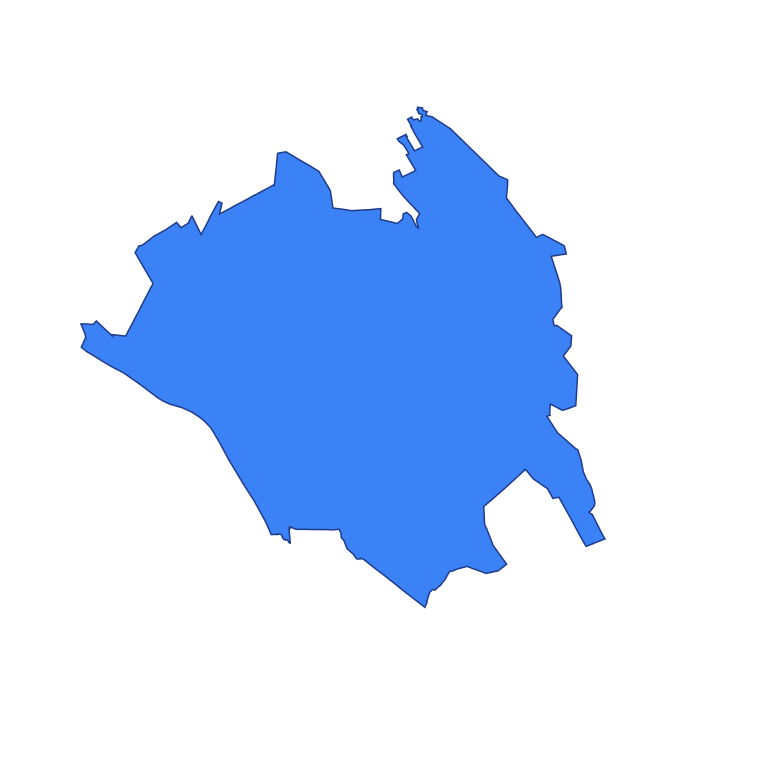 the district of Skrīveru pag., Skriveru, Latvia, rotated 55°
{"feature_id": "27541924B66857212863076", "entity_name": "Skrīveru pag.", "entity_type": "district", "adm_level": 2, "iso_a3": "LVA", "parent_name": "Latvia", "parent_adm1": "Skriveru", "projection": "natural_earth1", "projection_center": [25.099, 56.672], "detail": "fine", "context": "isolated", "style": "filled", "palette": "blue", "viewbox_px": 768, "rotation_deg": 55, "n_neighbors": 0, "source": "geoboundaries", "source_scale": "gbopen_adm2", "svg_char_len": 6026}
<svg xmlns="http://www.w3.org/2000/svg" viewBox="0 0 768 768"><g transform="rotate(55 384 384)"><path d="M442.7,562.8L445.2,558.7L445.3,558.6L445.3,558.4L445.6,558.2L446.0,558.2L446.2,557.7L445.8,557.5L445.8,557.2L446.1,557.0L446.4,556.5L446.8,556.1L446.8,555.8L447.5,555.4L447.8,555.0L448.5,554.7L449.1,554.7L449.9,554.7L450.3,554.8L450.7,554.9L451.1,555.0L452.6,555.3L453.9,555.3L454.3,554.9L454.4,554.6L454.6,554.1L454.8,553.9L455.2,553.9L455.6,553.9L456.0,553.2L456.0,552.9L456.3,552.6L456.5,552.6L457.2,552.5L457.4,552.5L457.8,552.5L458.5,552.8L458.8,552.9L459.7,552.6L460.4,552.3L460.6,552.1L447.6,544.5L448.4,543.8L447.0,543.0L452.7,539.4L454.0,537.4L456.1,534.4L463.0,524.9L469.1,516.3L470.0,515.0L474.0,509.8L474.5,508.9L477.2,504.1L478.7,504.4L481.5,504.8L482.7,505.6L483.8,506.1L485.2,507.0L485.9,507.0L486.2,507.0L487.7,506.8L489.2,506.6L491.1,507.1L497.7,508.7L506.5,506.7L511.5,506.8L513.1,504.8L513.6,503.9L514.0,502.4L514.4,502.5L515.3,501.5L521.3,499.7L530.3,497.0L534.8,495.6L540.5,493.7L540.9,493.6L548.0,491.5L550.5,490.7L567.1,485.9L583.9,480.6L590.4,478.6L590.2,478.4L589.9,477.9L589.0,476.5L588.3,475.1L587.3,473.8L587.1,473.6L586.8,473.5L586.1,473.3L586.2,473.1L580.9,466.2L580.2,462.1L581.7,460.8L582.0,460.6L582.1,460.4L582.1,460.1L582.1,459.8L581.9,459.5L581.6,457.8L581.0,452.0L580.4,450.6L579.2,446.3L575.0,437.4L576.4,435.7L577.6,429.9L578.4,427.8L581.1,420.5L585.3,417.7L597.8,408.9L600.5,402.5L602.5,397.7L602.2,390.5L602.0,386.9L578.7,387.2L573.2,385.8L569.4,384.8L560.4,382.7L560.2,382.9L556.9,382.1L556.7,382.1L541.6,372.6L541.5,372.3L540.5,361.0L539.3,350.3L538.6,343.6L538.0,339.1L537.2,333.0L536.5,328.0L535.3,318.6L535.2,318.4L534.7,318.2L534.8,317.3L536.5,317.0L537.7,316.8L537.9,316.8L538.2,316.8L547.6,316.1L563.5,310.1L574.7,311.3L574.9,311.0L575.0,310.4L576.4,307.2L576.8,306.3L577.0,305.7L600.4,308.1L608.8,309.1L623.4,310.8L632.9,311.6L633.2,310.4L634.8,304.0L634.6,304.0L634.7,303.9L637.6,292.1L637.7,291.9L631.4,291.3L624.0,290.2L610.1,288.2L606.9,289.8L606.6,289.7L606.3,287.0L604.3,281.4L602.3,279.5L601.4,278.9L599.7,278.2L597.0,277.1L595.4,276.4L594.7,276.2L589.0,274.0L584.3,272.9L578.2,272.8L570.3,271.1L561.6,267.2L560.3,266.5L559.8,266.3L558.3,265.9L551.8,263.8L550.0,263.3L549.6,263.2L549.3,263.1L549.0,263.1L548.8,263.1L546.9,264.1L545.2,264.5L523.5,269.8L521.8,269.7L517.2,269.6L503.9,269.1L504.9,265.9L503.8,265.7L498.3,261.3L495.9,259.4L495.8,259.2L496.0,259.1L502.9,255.5L505.8,254.1L507.9,253.0L508.6,250.9L509.0,249.7L509.3,248.9L509.6,247.6L510.2,245.6L511.7,239.3L501.1,230.9L487.3,220.0L480.1,220.3L470.4,220.8L463.9,221.0L460.1,209.2L452.1,202.7L449.5,203.6L443.8,205.7L435.0,208.9L434.2,210.7L433.9,211.1L428.0,208.7L427.0,205.9L423.0,194.3L423.2,194.2L420.5,192.7L415.3,189.5L412.6,187.7L411.2,186.9L410.7,186.6L410.4,186.5L407.6,184.7L406.9,184.3L401.7,181.9L400.3,181.5L394.3,179.6L387.5,177.5L375.3,173.8L380.2,163.7L380.4,163.4L382.0,160.1L374.3,157.1L369.3,159.5L364.5,162.0L363.5,162.5L358.6,164.9L356.1,166.3L352.5,168.2L351.9,171.6L351.3,175.1L343.3,175.3L334.4,175.8L328.6,176.1L327.0,176.1L325.2,176.2L324.9,176.2L317.2,176.6L314.8,176.7L310.9,176.7L301.7,177.0L294.0,170.4L287.9,165.7L287.3,165.9L286.0,166.6L279.5,170.5L276.7,171.1L267.8,172.8L267.0,172.9L254.3,175.3L252.1,175.8L245.4,177.0L240.6,178.0L235.1,179.0L229.7,180.0L225.5,180.8L221.8,181.5L212.9,183.2L192.7,191.4L192.4,191.7L187.7,195.8L185.6,192.4L182.4,195.2L180.1,194.1L179.2,194.9L176.6,197.7L178.4,198.3L177.8,199.5L178.6,199.6L182.6,200.4L185.2,198.1L187.0,199.3L186.2,200.3L189.8,202.7L189.3,204.1L186.2,204.3L184.3,208.6L181.2,208.2L180.7,212.9L188.0,213.5L188.0,214.2L192.9,214.6L193.6,215.0L198.0,215.3L202.3,215.6L212.0,216.5L211.9,216.6L211.7,217.6L211.6,218.7L211.4,219.5L211.1,221.5L210.6,225.2L194.4,224.1L194.7,223.1L192.0,222.9L192.0,224.0L190.7,232.4L194.0,232.6L199.7,230.7L209.6,231.5L209.1,234.2L214.2,234.5L214.4,234.6L227.4,235.6L227.0,237.7L224.9,250.3L217.4,248.8L216.3,254.8L218.8,256.7L223.4,259.5L225.4,261.2L230.5,260.9L231.3,261.0L233.0,260.9L237.2,260.7L238.2,260.6L240.1,260.5L241.7,260.4L243.8,260.1L247.7,259.6L253.3,258.8L253.7,258.6L264.8,257.1L266.5,260.4L266.8,261.0L267.8,263.0L268.2,263.3L271.2,264.6L272.9,265.2L275.9,266.3L273.8,267.2L273.5,267.2L271.2,266.8L262.0,265.5L256.5,267.0L255.7,270.7L259.2,273.6L259.4,274.1L260.2,280.9L252.8,287.5L247.2,292.5L238.5,286.0L232.7,296.2L228.0,303.7L223.4,311.2L218.0,316.7L210.6,324.9L195.1,317.2L193.2,316.9L172.3,315.4L167.4,317.6L163.8,319.1L161.5,320.2L160.0,320.9L152.1,324.6L147.1,326.8L137.6,331.1L134.9,336.7L134.0,338.9L144.7,348.0L158.2,359.8L157.6,359.8L157.2,365.3L156.6,369.7L155.9,374.2L156.2,374.2L155.5,377.7L155.6,378.1L155.7,378.5L155.6,379.0L155.3,381.0L155.1,381.1L154.4,387.7L153.5,395.7L152.2,405.7L152.2,406.4L152.1,407.8L150.4,421.3L149.7,420.4L143.0,413.0L139.6,414.9L147.7,431.3L148.6,432.4L148.8,433.0L151.5,438.0L154.7,444.3L155.0,444.9L156.7,448.0L155.6,447.9L137.0,445.0L136.5,444.9L136.2,445.2L136.6,446.0L137.4,447.6L139.8,451.8L140.0,452.5L139.7,457.7L139.5,460.6L139.0,460.6L132.6,461.2L132.6,465.2L132.6,466.6L132.4,474.7L131.1,486.0L131.0,487.4L131.4,495.4L131.5,497.2L131.7,500.5L131.5,500.8L131.4,503.6L130.3,505.4L133.6,512.5L145.0,513.5L152.4,514.1L169.2,515.5L171.3,519.7L174.3,525.4L176.0,528.7L176.3,529.4L179.3,535.0L181.3,538.9L181.5,538.8L185.4,546.5L187.3,550.3L188.0,551.7L188.5,552.5L191.9,559.1L193.1,561.5L195.6,566.2L196.6,568.1L191.8,573.6L189.0,576.7L188.1,577.9L187.7,578.3L189.0,579.0L181.9,580.5L173.7,582.2L167.4,583.5L168.3,588.3L163.9,593.6L161.0,597.8L168.7,599.5L171.2,600.1L174.1,601.4L175.7,602.0L175.6,602.9L175.6,603.1L180.3,610.9L187.3,608.8L193.8,605.8L203.7,601.7L213.7,597.1L225.8,590.8L245.2,583.8L255.1,580.6L264.1,577.7L266.4,576.9L271.3,574.7L277.8,570.9L287.3,563.2L295.2,558.4L299.8,556.3L305.2,554.2L310.4,552.6L316.5,551.6L319.9,551.1L322.1,551.1L327.9,551.5L336.9,552.2L347.7,553.5L356.6,554.5L372.8,555.7L385.1,556.6L405.6,557.4L429.7,560.1L442.7,562.8Z" fill="#3b82f6" stroke="#1e3a8a" stroke-width="1.5"/></g></svg>